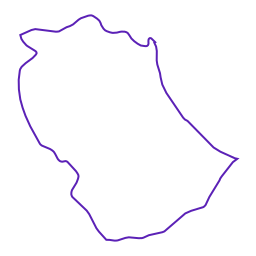 an SVG outline of Gabès
{"feature_id": "TUN-111", "entity_name": "Gabès", "entity_type": "Governorate", "adm_level": 1, "iso_a3": "TUN", "parent_name": "Tunisia", "parent_adm1": "", "projection": "natural_earth1", "projection_center": [9.729, 33.79], "detail": "fine", "context": "isolated", "style": "outline", "palette": "violet", "viewbox_px": 256, "rotation_deg": 0, "n_neighbors": 0, "source": "natural_earth", "source_scale": "10m", "svg_char_len": 1803}
<svg xmlns="http://www.w3.org/2000/svg" viewBox="0 0 256 256"><path d="M155.2,42.2L154.3,42.7L156.1,46.6L156.8,51.0L156.7,60.4L157.3,64.5L160.0,73.2L160.6,77.3L162.3,84.6L166.4,93.0L183.1,117.6L184.9,119.5L187.5,120.9L213.6,147.5L220.4,151.7L234.7,158.2L237.3,158.8L236.8,159.2L232.9,162.1L221.6,176.5L220.2,178.6L219.5,180.4L209.4,196.9L205.6,205.0L204.3,206.4L203.3,207.1L191.2,210.8L185.3,213.4L164.4,231.4L162.4,232.2L148.9,235.2L143.4,237.7L141.9,238.1L138.8,238.2L128.8,237.3L125.4,237.9L117.7,240.4L116.0,240.6L114.4,240.6L109.6,239.9L106.3,239.8L98.9,231.6L96.4,228.2L89.2,214.1L86.7,210.6L72.3,196.9L71.7,195.7L71.3,194.3L71.4,192.3L71.7,191.0L72.1,189.9L76.4,182.9L76.8,182.0L78.0,178.8L78.4,177.1L78.5,176.2L78.3,175.0L77.6,173.6L76.0,171.2L67.4,161.8L66.4,161.3L65.7,161.1L64.9,161.2L62.4,161.7L61.5,161.6L60.7,161.4L59.8,161.0L59.0,160.3L58.3,159.6L57.7,158.8L55.2,154.0L54.1,152.2L53.4,151.4L51.8,150.1L50.0,149.0L41.9,145.6L41.1,145.0L40.4,144.4L39.8,143.6L30.3,126.4L25.5,115.8L22.6,107.7L20.3,99.4L18.9,89.4L18.7,79.8L19.8,70.7L20.2,69.2L21.1,67.7L21.6,66.9L22.4,66.1L25.7,63.1L32.6,58.0L35.8,54.7L36.3,53.9L36.6,53.2L36.4,52.2L35.6,51.2L27.3,46.0L26.3,45.2L23.2,41.7L21.4,38.9L20.3,35.0L31.5,30.0L35.3,29.1L55.8,31.7L57.7,31.6L59.0,31.4L66.6,27.2L69.9,26.1L73.1,24.4L78.6,19.7L81.0,18.2L88.2,15.7L90.1,15.4L91.6,15.4L93.3,16.1L96.9,18.5L98.6,20.0L99.3,20.7L99.8,21.5L100.7,23.3L101.3,25.2L103.5,28.7L105.1,30.3L106.8,31.2L109.9,32.3L112.1,32.8L112.9,32.9L116.9,32.6L120.1,31.8L121.7,31.6L124.7,31.7L126.4,32.2L127.7,33.0L129.1,34.9L131.4,38.5L134.2,41.2L137.6,43.7L140.8,45.5L144.9,46.1L146.4,46.1L147.3,45.8L148.0,45.1L148.3,44.4L148.5,43.6L148.4,41.0L148.5,39.9L148.8,39.0L149.6,38.2L150.3,38.1L150.7,38.1L151.4,38.5L155.2,42.2Z" fill="none" stroke="#5b21b6" stroke-width="2"/></svg>